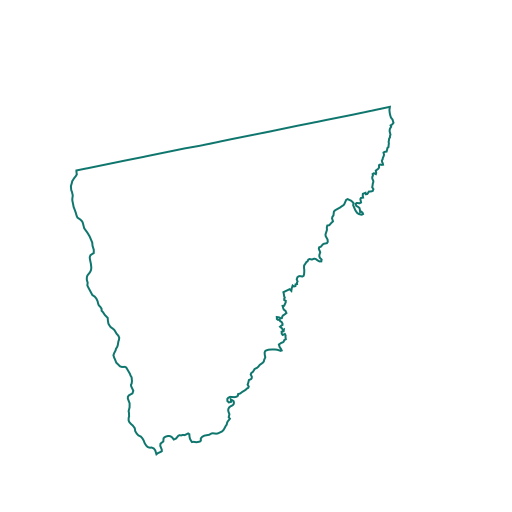 Luciara, Mato Grosso, Brazil, rotated 157°
{"feature_id": "56859067B22609509698935", "entity_name": "Luciara", "entity_type": "district", "adm_level": 2, "iso_a3": "BRA", "parent_name": "Brazil", "parent_adm1": "Mato Grosso", "projection": "natural_earth1", "projection_center": [-50.968, -10.98], "detail": "fine", "context": "isolated", "style": "outline", "palette": "teal", "viewbox_px": 512, "rotation_deg": 157, "n_neighbors": 0, "source": "geoboundaries", "source_scale": "gbopen_adm2", "svg_char_len": 5728}
<svg xmlns="http://www.w3.org/2000/svg" viewBox="0 0 512 512"><g transform="rotate(157 256 256)"><path d="M425.1,112.4L423.4,112.9L420.7,112.9L419.0,113.1L418.4,114.6L418.3,118.7L417.2,120.6L413.8,121.5L412.3,124.3L411.1,124.9L409.3,125.0L407.3,124.7L405.7,123.9L404.5,122.6L403.9,121.2L403.4,119.2L401.0,119.2L397.7,120.9L396.3,120.9L395.1,120.1L393.2,119.9L391.7,119.0L389.0,119.1L387.8,119.2L387.0,118.0L387.8,115.7L388.2,113.5L388.0,111.5L387.7,109.8L386.2,109.4L383.5,107.8L380.2,107.1L378.9,107.6L378.1,109.6L376.4,110.5L374.5,110.8L373.1,110.7L368.8,109.7L367.1,110.0L365.5,109.9L364.5,109.4L361.9,107.9L360.3,107.6L357.3,107.7L355.7,107.8L353.8,108.6L352.2,109.8L350.4,111.3L348.9,112.2L347.5,114.1L346.4,114.9L343.6,116.4L344.1,118.3L343.1,119.6L342.3,120.8L342.2,123.4L341.9,124.8L341.2,126.0L339.9,127.1L338.1,127.6L336.9,127.6L335.3,127.9L334.2,128.6L333.5,130.0L333.4,131.3L335.2,133.8L335.9,131.5L338.2,131.8L339.0,133.7L338.2,135.7L337.0,136.3L335.0,136.5L331.3,134.6L329.8,134.2L328.5,134.1L327.2,134.5L326.4,135.9L324.5,135.6L321.6,136.3L318.0,136.8L316.3,137.5L314.6,137.7L313.7,138.7L314.0,140.8L312.6,142.4L311.0,144.6L308.7,144.6L307.7,145.2L307.0,146.5L307.2,148.9L306.1,150.1L304.1,150.6L302.9,151.4L301.5,152.5L298.6,152.7L297.1,153.2L295.1,154.3L291.5,155.1L290.1,155.8L288.9,157.4L287.1,159.0L286.4,162.1L285.7,163.9L284.8,164.8L283.7,165.1L280.9,164.8L277.8,163.7L274.8,162.4L273.1,161.4L271.4,160.0L270.5,159.1L269.3,159.0L269.3,160.5L269.8,163.0L269.5,165.6L266.4,166.2L265.3,166.0L264.1,166.3L262.7,167.6L261.1,167.7L260.5,169.9L259.8,171.3L259.9,172.9L262.3,172.9L262.7,174.4L262.0,176.3L260.0,175.9L259.1,177.4L260.2,177.3L260.3,179.1L261.5,181.5L259.9,182.0L258.5,182.2L258.0,183.6L258.3,185.5L259.2,186.4L259.2,188.1L260.7,188.6L261.4,189.8L260.7,191.7L258.9,190.6L257.6,189.0L256.5,188.7L255.7,189.7L254.6,190.7L252.6,191.0L250.3,191.6L250.3,194.0L251.4,195.8L251.3,197.9L251.0,199.7L249.5,199.2L247.9,200.7L246.8,201.7L246.1,203.1L247.2,204.4L246.7,205.7L245.8,206.4L245.8,208.0L245.3,209.9L244.9,212.0L238.0,212.3L237.1,210.1L235.7,212.4L234.6,213.6L233.8,214.5L233.0,213.1L231.5,212.9L230.7,214.4L229.2,214.1L228.8,215.4L227.7,216.3L227.6,218.7L226.1,220.3L224.8,220.6L223.5,220.4L221.4,219.0L220.0,219.1L218.9,220.4L217.7,222.7L217.0,224.4L216.4,226.4L215.4,228.5L213.9,229.4L211.9,230.8L210.7,230.9L209.3,232.2L207.9,232.3L205.9,230.9L203.5,230.8L202.2,229.9L201.1,228.0L199.8,226.3L198.0,225.5L197.0,227.1L197.9,229.3L197.8,231.1L197.1,232.4L195.4,234.4L195.4,236.9L195.3,238.2L194.5,239.3L192.7,239.2L189.9,240.6L188.6,240.7L185.7,240.1L184.4,241.0L183.7,243.2L184.1,247.1L183.6,248.7L180.5,252.3L179.7,254.5L178.5,256.2L176.5,255.7L173.8,257.0L171.6,257.8L171.3,260.9L170.2,262.4L168.9,263.0L166.9,266.5L165.1,267.2L159.5,267.8L158.0,268.2L155.6,268.6L154.5,269.2L151.1,272.4L149.5,272.6L146.9,269.8L146.2,268.4L145.6,266.6L146.7,264.8L146.7,259.7L146.5,258.1L146.0,256.0L145.0,254.5L144.0,253.7L142.6,252.7L141.1,252.8L141.0,254.1L141.7,255.7L143.0,255.7L142.3,258.0L142.0,259.7L142.8,261.3L144.1,262.9L143.9,265.1L142.6,265.5L141.3,264.8L140.2,264.1L138.4,264.2L137.7,267.6L136.8,268.4L134.6,267.9L134.2,269.8L133.3,271.5L131.8,271.4L130.5,271.4L130.7,269.9L129.4,269.6L128.3,270.2L127.0,271.2L124.6,270.4L123.1,270.3L121.8,271.7L122.2,273.9L121.4,275.0L120.2,277.0L119.3,278.0L118.7,279.1L118.7,281.7L118.2,283.2L117.0,284.3L116.6,285.9L115.1,286.1L113.7,284.5L112.9,285.4L112.4,287.8L109.4,288.5L108.1,289.4L107.3,291.5L106.0,291.7L104.8,290.8L103.4,290.4L103.1,291.9L103.2,293.3L102.8,294.7L101.6,295.6L100.8,296.9L99.8,297.7L98.6,299.1L98.2,301.4L96.9,301.6L95.0,301.1L93.7,302.8L92.7,304.2L91.5,304.5L90.8,305.9L89.7,307.7L89.3,309.3L88.2,310.9L87.6,312.0L86.4,312.8L85.8,314.1L84.8,315.2L84.3,318.5L83.7,319.8L82.8,321.0L81.1,322.1L81.1,323.6L79.2,323.9L77.4,324.9L77.2,326.7L77.0,328.3L77.7,330.7L77.4,333.5L76.9,335.8L76.2,338.1L74.5,341.0L111.9,348.3L122.0,350.4L138.3,353.8L148.0,355.7L149.5,356.1L151.7,356.5L167.4,359.8L192.2,364.7L225.5,371.6L229.3,372.4L233.7,373.3L241.3,374.8L242.7,375.1L247.1,375.9L265.9,379.7L279.6,382.9L319.2,390.9L320.5,391.1L326.2,392.3L339.1,395.0L377.3,402.7L378.5,403.0L387.9,404.9L388.4,403.6L389.1,401.1L390.6,400.0L393.0,398.7L395.9,396.7L396.9,395.3L399.1,392.6L400.3,389.0L400.4,386.7L401.0,383.4L402.9,380.1L403.4,378.8L404.1,375.2L404.7,372.5L404.9,367.5L405.1,365.3L405.3,364.0L405.4,362.4L405.3,361.0L403.4,358.1L402.5,355.7L402.5,354.1L403.3,348.6L402.2,343.8L401.9,342.1L401.5,339.0L401.5,336.0L401.5,334.0L401.5,332.4L402.5,329.2L402.9,325.1L404.2,322.1L406.8,321.7L408.1,321.4L409.5,319.9L409.9,318.7L410.3,317.1L411.1,313.1L412.1,309.8L412.9,308.2L413.7,307.2L414.7,306.3L415.7,305.6L418.7,304.0L419.8,302.8L420.7,301.1L421.1,299.8L421.4,297.2L422.7,294.9L422.7,293.2L421.9,284.0L420.3,281.6L419.6,279.1L419.5,276.2L419.9,274.0L420.0,272.1L419.1,269.7L418.8,267.8L419.5,265.9L418.8,264.1L418.2,260.8L416.7,257.0L417.6,254.3L418.3,251.3L417.8,248.0L417.1,246.5L416.3,245.3L415.3,243.3L414.7,238.9L413.9,236.6L413.8,234.3L414.8,232.5L416.0,231.2L417.9,228.2L419.1,226.7L421.0,225.4L422.2,223.9L424.3,222.2L426.0,220.4L426.3,217.8L426.2,216.1L426.3,212.4L424.9,209.1L424.4,207.7L423.0,206.4L419.9,205.1L419.0,204.0L418.1,196.9L418.2,194.9L417.9,192.9L419.1,189.2L420.3,187.2L421.4,186.3L421.8,184.9L421.6,179.9L423.4,177.8L427.4,177.4L428.9,176.5L429.7,174.8L429.9,169.8L431.5,166.1L433.9,162.9L434.2,161.3L435.5,157.9L436.5,156.7L437.5,154.4L437.5,152.5L436.6,149.9L435.7,148.2L434.9,144.9L435.6,141.9L435.2,139.2L434.4,136.9L432.5,134.7L431.8,132.4L431.5,130.1L431.6,127.0L431.1,124.3L430.4,122.6L429.5,121.7L428.4,120.9L427.1,120.6L425.3,118.8L424.7,116.5L425.1,112.4Z" fill="none" stroke="#0f766e" stroke-width="2"/></g></svg>